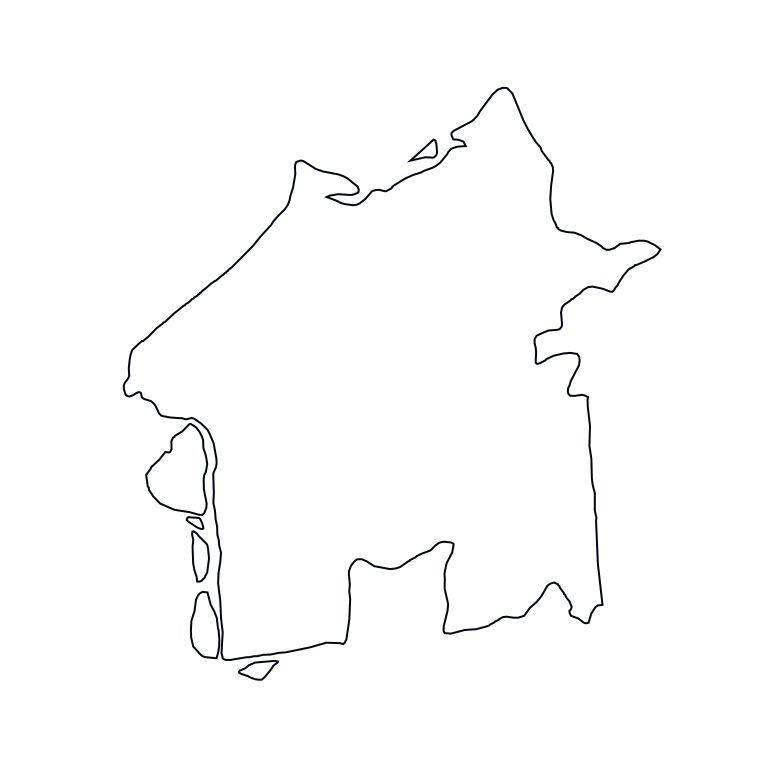 Inhassunge, Zambezia, Mozambique (Albers equal-area conic projection), rotated 187°
{"feature_id": "85939544B84899286441367", "entity_name": "Inhassunge", "entity_type": "district", "adm_level": 2, "iso_a3": "MOZ", "parent_name": "Mozambique", "parent_adm1": "Zambezia", "projection": "albers", "projection_center": [36.814, -18.065], "detail": "fine", "context": "isolated", "style": "outline", "palette": "ink", "viewbox_px": 768, "rotation_deg": 187, "n_neighbors": 0, "source": "geoboundaries", "source_scale": "gbopen_adm2", "svg_char_len": 6138}
<svg xmlns="http://www.w3.org/2000/svg" viewBox="0 0 768 768"><g transform="rotate(187 384 384)"><path d="M233.4,564.4L235.7,567.4L238.4,573.3L241.5,587.9L242.3,601.1L242.1,616.4L243.0,620.0L245.0,623.5L245.9,623.9L247.1,625.8L248.1,626.3L255.7,634.3L257.5,637.9L262.1,642.0L266.3,646.8L272.3,654.6L277.6,662.4L292.1,688.2L297.5,692.4L298.7,692.8L302.5,692.4L307.1,689.9L311.7,684.4L322.0,666.4L323.9,661.7L327.0,657.6L329.0,655.4L345.9,643.6L347.6,641.2L347.3,638.9L345.0,635.2L340.3,635.5L335.4,634.5L334.5,634.1L331.9,630.1L340.1,628.5L345.6,625.9L348.3,622.4L349.3,619.7L355.1,610.6L358.7,607.1L362.1,604.6L370.2,600.5L373.1,598.4L380.6,595.0L388.4,590.3L398.8,581.9L400.7,578.9L405.1,575.8L406.4,575.4L412.3,576.1L415.5,575.6L419.3,574.0L425.2,565.2L430.1,560.3L432.8,558.6L436.5,557.7L444.8,557.8L448.4,558.3L454.4,560.4L463.7,562.6L460.9,564.3L452.6,566.8L439.8,567.6L437.2,568.4L433.3,570.5L432.7,571.6L432.8,573.8L434.0,576.5L445.4,583.7L450.0,585.4L455.1,586.5L470.5,587.5L477.5,589.0L491.6,595.6L494.2,595.6L498.2,593.6L499.0,589.9L497.6,581.3L498.2,567.9L499.8,559.5L500.1,554.8L501.2,550.3L503.7,545.4L510.1,537.2L513.8,531.6L515.5,527.9L524.8,514.9L530.7,505.3L549.1,481.5L552.5,478.0L552.9,477.0L553.9,476.5L554.4,475.3L555.4,474.9L556.9,472.7L557.9,472.1L563.4,466.1L564.5,465.6L567.9,462.4L576.3,453.4L576.8,452.4L577.7,451.9L578.2,450.7L579.5,450.1L580.0,448.9L583.0,446.7L583.4,445.7L584.6,445.1L587.9,441.1L590.6,439.1L591.2,437.9L592.4,437.3L601.4,428.0L609.2,418.6L610.4,418.2L611.1,416.9L616.5,411.7L623.9,401.9L628.4,397.3L629.7,396.9L631.5,395.0L638.0,387.1L639.1,382.4L639.4,377.4L639.2,368.3L637.9,361.0L638.6,358.4L641.4,353.5L642.1,350.8L641.5,346.9L639.0,341.7L636.4,340.6L635.0,340.7L632.4,341.9L627.4,345.7L626.0,346.1L624.8,345.9L623.9,345.0L622.8,341.4L621.6,340.6L620.4,339.9L613.1,338.6L609.7,336.2L607.6,333.8L603.7,327.4L601.3,325.5L600.0,325.2L591.8,324.7L580.2,325.4L576.3,324.8L570.6,326.9L568.3,326.5L560.6,322.4L553.6,317.0L551.6,314.3L546.0,304.8L541.4,290.0L540.5,285.4L540.6,281.0L542.4,275.2L542.4,273.1L539.6,255.1L538.9,245.3L536.3,237.6L534.5,228.7L532.3,222.3L531.0,214.0L528.9,208.7L528.0,203.9L525.2,196.7L524.8,187.4L525.2,176.6L524.4,166.2L520.1,148.9L517.2,131.7L513.8,117.7L512.5,97.2L510.6,92.2L509.5,91.4L507.3,90.8L502.9,91.4L487.0,96.1L484.4,96.4L479.8,98.0L476.6,98.4L470.8,100.5L463.9,101.6L455.3,104.4L448.8,105.7L425.3,113.6L409.7,120.2L396.3,121.4L392.6,120.9L391.5,122.4L390.2,126.0L389.7,146.1L391.4,166.6L393.2,173.9L393.5,181.0L395.9,192.1L395.8,194.8L394.6,199.7L391.6,204.4L389.6,206.6L384.9,207.4L379.3,205.8L371.7,202.0L355.3,201.0L349.5,202.5L345.7,204.3L338.4,210.9L337.3,211.3L336.8,212.4L331.9,215.6L330.2,217.4L325.5,220.4L317.7,224.4L313.4,229.8L310.5,232.7L308.2,233.9L304.8,234.8L298.2,234.9L295.7,234.0L295.3,232.8L295.8,225.1L300.0,213.8L300.9,203.3L299.9,198.0L298.9,188.3L293.5,173.3L293.3,166.7L295.2,151.0L294.8,146.2L293.4,144.1L287.2,144.4L273.8,149.7L262.5,151.9L252.4,156.0L250.0,157.2L249.3,158.3L245.5,160.7L245.1,161.6L241.4,163.8L241.0,164.7L237.4,167.2L233.9,168.0L228.1,167.8L222.6,168.3L216.6,171.0L211.8,179.8L206.1,186.0L202.0,192.4L197.2,203.7L194.5,206.2L190.9,207.7L186.8,206.3L186.4,205.4L185.0,204.5L184.6,203.3L180.1,198.5L179.6,197.3L178.6,196.8L176.9,194.1L173.6,191.1L170.5,185.5L171.2,182.8L172.3,181.6L171.8,179.3L170.3,176.8L162.5,174.9L156.8,171.5L154.4,171.1L151.8,172.0L150.3,181.3L147.0,188.2L144.6,190.3L140.2,191.4L149.8,231.5L156.9,274.3L156.9,277.3L159.3,283.8L161.5,301.5L164.6,309.3L166.1,315.2L169.1,335.2L172.6,347.7L174.4,367.3L178.9,386.0L180.0,392.8L179.9,395.8L183.4,397.1L186.1,397.4L193.1,395.5L197.7,395.0L199.8,396.7L200.6,399.1L200.8,401.8L199.6,405.6L198.9,409.9L192.7,426.4L192.7,431.1L193.5,434.5L195.8,437.4L202.7,437.6L209.1,436.3L218.8,432.9L226.1,428.3L226.5,427.3L231.6,423.8L234.0,422.7L235.2,422.8L236.1,424.0L236.9,434.3L238.0,439.0L239.5,442.9L240.0,446.8L238.4,450.5L232.4,454.3L227.1,457.2L218.5,458.9L216.3,459.9L214.8,462.3L214.5,464.7L217.0,476.5L216.6,481.6L214.6,484.8L209.0,489.7L208.2,491.0L206.9,491.4L204.4,494.4L201.0,497.3L197.6,501.7L193.0,505.1L189.0,506.1L178.5,505.2L171.1,503.3L168.7,503.3L167.5,504.4L165.9,508.1L164.1,510.5L163.3,513.2L159.6,520.8L155.1,527.7L149.6,531.8L149.2,532.7L148.2,532.7L140.0,537.5L131.7,543.0L128.4,546.4L125.9,551.2L131.8,554.7L139.7,557.5L143.3,557.9L148.5,557.3L156.4,554.8L157.7,553.9L166.8,551.8L171.7,547.0L176.9,544.6L179.6,544.3L183.8,545.9L184.2,546.7L190.9,550.1L199.1,552.6L206.5,555.7L213.4,557.4L220.9,557.1L227.2,557.9L229.7,559.0L230.4,560.1L231.6,560.5L233.4,564.4ZM561.3,233.1L552.0,231.7L548.4,231.9L546.8,233.7L545.2,239.7L545.5,243.9L550.0,257.8L551.4,268.0L551.3,271.7L550.1,275.1L549.7,283.1L552.1,291.3L555.5,298.6L556.6,305.8L558.2,309.4L561.3,314.1L564.5,317.4L567.0,319.1L571.2,320.8L572.4,320.3L578.6,312.2L585.2,307.1L585.6,305.8L586.9,305.0L588.1,301.3L586.9,293.6L587.9,290.6L589.1,289.8L592.7,289.9L597.8,281.5L605.1,272.8L605.2,271.6L609.0,264.8L606.0,253.6L604.9,252.4L604.2,250.1L599.4,244.4L591.5,238.0L576.7,233.6L561.3,233.1ZM528.4,91.1L516.7,91.4L515.8,98.3L515.7,104.3L516.3,110.4L518.2,119.7L519.0,121.2L521.4,131.3L524.4,137.0L529.3,144.1L533.8,155.6L538.7,155.6L541.1,154.0L542.9,151.5L544.3,146.8L544.4,135.7L546.3,125.3L545.6,115.5L544.4,108.6L541.4,100.3L533.6,93.5L531.1,91.8L528.4,91.1ZM556.2,214.1L556.2,211.4L554.3,206.1L554.2,199.3L551.6,182.9L549.5,176.1L546.5,169.8L545.3,165.1L543.0,165.4L540.8,166.6L540.4,167.7L538.6,169.6L536.5,175.6L536.4,189.4L538.5,198.8L539.7,202.5L540.6,203.7L549.3,210.5L551.4,212.7L555.0,214.6L556.2,214.1ZM458.5,95.9L478.0,91.8L483.7,88.5L487.4,84.7L492.2,81.9L492.8,80.8L492.6,79.9L490.4,78.9L483.6,77.5L480.0,76.1L475.1,75.2L471.3,75.3L469.0,75.8L466.1,79.4L461.2,87.2L459.4,91.0L455.6,94.7L455.4,95.6L458.5,95.9ZM385.0,608.9L370.6,614.1L363.3,614.6L362.0,615.0L360.7,616.4L359.8,618.2L359.6,620.9L361.5,629.4L362.7,631.8L364.4,632.6L365.3,631.7L385.0,608.9ZM561.4,228.0L562.7,227.5L563.3,224.9L561.1,223.3L551.4,218.6L547.8,217.8L546.6,217.9L545.7,218.9L547.5,223.6L549.9,227.5L551.4,228.5L561.4,228.0Z" fill="none" stroke="#020617" stroke-width="2"/></g></svg>